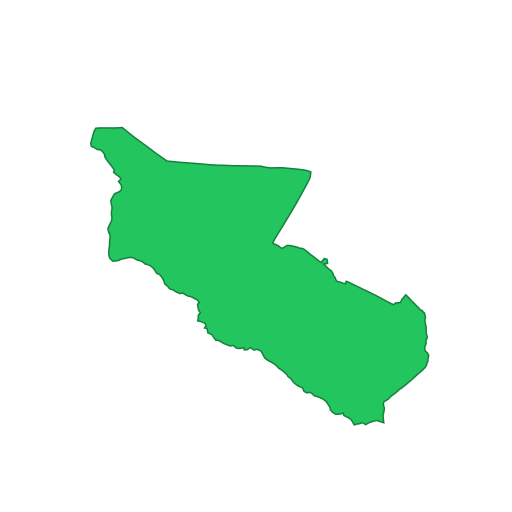 Keiyo North, Rift Valley, Kenya, rotated 119°
{"feature_id": "3690345B12433983427802", "entity_name": "Keiyo North", "entity_type": "district", "adm_level": 2, "iso_a3": "KEN", "parent_name": "Kenya", "parent_adm1": "Rift Valley", "projection": "equal_earth", "projection_center": [35.542, 0.697], "detail": "fine", "context": "isolated", "style": "filled", "palette": "green", "viewbox_px": 512, "rotation_deg": 119, "n_neighbors": 0, "source": "geoboundaries", "source_scale": "gbopen_adm2", "svg_char_len": 5068}
<svg xmlns="http://www.w3.org/2000/svg" viewBox="0 0 512 512"><g transform="rotate(119 256 256)"><path d="M339.9,63.4L337.0,65.5L333.9,67.6L331.1,68.4L329.0,69.0L327.0,69.9L323.9,72.8L321.3,73.5L319.3,72.1L316.8,70.8L314.6,70.4L311.6,69.2L309.1,68.0L308.3,67.7L306.9,67.1L305.2,66.6L304.2,66.2L302.8,65.8L301.3,64.8L300.2,64.4L296.9,62.9L288.0,59.6L285.0,58.6L281.4,57.4L275.8,55.3L271.5,54.0L269.3,53.9L267.7,54.3L266.9,54.5L265.7,54.5L264.3,54.8L263.0,55.5L261.6,56.2L259.4,56.6L258.6,57.6L257.8,58.8L256.8,62.4L253.9,64.2L249.9,64.8L248.0,66.4L245.7,66.4L243.7,67.0L241.6,69.1L238.7,71.2L236.3,72.3L234.3,73.9L231.7,76.3L229.3,77.6L227.2,78.1L225.7,79.7L224.1,81.1L224.1,82.2L223.6,83.2L223.1,84.2L223.6,85.1L223.4,86.1L223.1,87.0L222.7,88.0L222.4,89.0L222.1,89.9L221.8,91.3L221.5,92.2L221.1,93.5L220.7,94.7L220.3,96.2L220.0,97.6L219.7,98.5L219.3,99.7L218.8,100.9L218.5,102.0L218.2,102.9L218.0,103.8L217.6,105.0L217.4,106.2L221.6,107.0L222.7,107.4L223.5,107.3L226.6,107.1L227.3,107.9L228.1,109.2L228.7,110.2L229.6,111.3L230.7,111.5L231.8,112.0L231.9,113.1L232.0,114.1L232.1,115.3L232.1,116.3L232.2,118.1L232.3,119.6L232.3,121.2L232.3,123.0L232.3,124.1L232.3,125.1L232.3,126.8L232.4,131.0L232.4,132.4L232.6,135.6L232.9,141.7L233.2,145.8L233.3,146.9L233.3,148.2L233.5,151.6L233.5,152.6L233.6,153.8L233.8,157.7L234.0,162.4L234.4,164.8L235.5,164.6L236.8,164.3L237.3,165.5L237.6,166.3L237.8,168.0L238.0,169.3L238.3,170.8L238.9,173.3L238.0,174.6L237.1,175.8L236.3,176.7L236.0,177.7L235.7,178.6L234.0,180.2L233.3,181.2L232.7,182.5L232.3,183.8L232.2,184.8L232.0,186.5L230.3,193.0L229.7,192.2L228.7,190.9L227.8,189.8L226.1,191.0L225.3,191.6L224.5,192.3L224.7,193.2L225.1,195.1L230.0,196.0L229.9,198.3L229.4,201.4L229.2,202.6L229.0,203.7L228.7,205.6L228.5,206.6L228.2,209.8L227.6,212.0L226.8,217.5L226.9,218.9L227.5,220.6L228.0,221.3L228.1,222.6L228.2,223.9L228.6,225.0L228.9,226.4L229.4,228.2L229.8,229.6L230.4,231.2L230.8,232.4L231.3,233.3L232.0,234.1L233.1,234.7L234.0,235.2L234.7,235.7L235.3,236.0L236.0,236.4L236.6,237.0L236.8,237.8L236.7,238.7L236.6,239.6L236.4,240.6L236.3,241.7L236.3,243.5L236.5,244.8L236.7,246.0L236.7,247.7L235.9,247.7L235.1,247.7L234.1,247.8L231.3,247.8L224.2,247.5L220.5,247.3L215.9,247.1L208.6,246.8L202.8,246.6L190.9,246.3L184.5,246.3L180.5,246.2L176.3,246.3L173.2,246.3L165.9,246.4L165.1,246.5L164.3,246.5L161.0,246.7L155.9,248.8L156.4,252.3L156.8,253.5L157.1,254.7L157.5,255.6L159.5,260.8L166.2,276.1L172.3,286.7L173.8,290.9L175.1,295.3L178.4,301.7L179.6,303.8L181.4,307.3L184.9,313.8L188.1,319.7L191.6,326.8L195.4,334.0L198.1,339.6L198.5,340.5L201.4,347.1L202.9,350.5L204.7,354.4L207.8,361.2L208.4,362.5L209.0,363.9L210.3,366.5L212.6,372.0L213.0,372.8L213.4,373.7L216.1,379.8L215.9,381.9L214.9,390.7L214.9,391.7L212.8,406.7L211.1,420.3L210.9,421.5L210.7,422.8L208.5,435.4L210.6,438.5L211.5,440.0L212.0,440.8L213.7,443.7L215.4,446.9L217.4,450.5L219.7,454.7L222.0,458.1L225.6,458.1L228.9,457.3L231.0,456.8L234.2,456.0L237.8,455.1L240.0,453.1L239.6,450.1L239.8,446.3L238.7,444.0L238.8,441.9L239.2,440.6L240.5,437.8L242.4,436.5L244.5,432.8L246.0,429.3L247.9,424.8L249.3,421.8L251.9,421.1L252.6,417.3L253.0,413.5L254.3,411.4L257.5,412.4L259.0,408.6L261.6,406.4L264.2,405.9L266.4,407.0L268.4,408.6L270.3,410.0L272.6,410.0L275.4,410.0L278.1,409.8L280.5,407.9L283.4,405.3L287.0,404.0L289.7,402.7L291.8,400.9L294.6,399.5L297.4,399.3L300.8,399.2L303.9,398.8L306.5,396.5L308.7,393.6L311.0,392.4L314.1,391.2L318.1,389.1L320.5,388.2L323.5,386.9L327.2,384.7L329.2,382.1L329.9,378.6L329.0,377.3L327.9,375.7L326.6,374.1L325.8,373.5L323.9,372.2L322.1,369.9L319.5,367.1L317.6,364.3L316.9,361.5L317.2,360.5L317.2,359.0L317.0,357.5L316.7,356.1L316.2,354.7L316.2,351.6L316.8,349.1L315.9,346.2L315.8,343.0L316.7,339.2L318.1,336.6L319.3,334.5L318.9,331.5L320.4,327.6L322.0,325.2L324.6,322.2L325.4,318.4L326.6,315.7L325.9,312.4L326.1,308.0L325.7,304.2L323.9,302.1L324.1,299.4L324.0,296.3L322.9,292.1L323.1,289.2L323.0,288.3L322.6,286.3L323.3,285.2L324.3,283.0L326.6,283.7L329.2,281.7L331.4,279.7L332.6,277.1L335.6,277.8L338.5,276.3L341.0,275.6L339.9,271.6L339.6,267.9L341.2,265.9L343.9,266.1L343.1,263.6L344.6,262.5L346.6,260.8L346.1,256.6L347.9,253.1L349.2,250.3L348.2,248.5L348.0,245.7L348.2,242.1L347.7,238.3L347.2,235.0L345.1,232.1L346.1,229.1L345.5,226.7L344.8,225.5L343.8,224.3L342.9,223.0L342.0,221.9L343.8,220.8L342.2,218.2L340.3,217.4L339.4,216.8L338.8,216.1L339.3,212.2L337.1,209.8L336.7,205.6L338.2,203.1L340.1,200.3L341.1,198.6L341.4,196.0L341.6,193.1L341.5,192.1L341.4,190.2L341.6,187.3L342.3,183.8L343.1,182.0L343.3,179.0L343.7,175.9L344.6,171.9L346.0,169.3L346.4,165.9L347.6,163.7L348.7,160.4L349.2,156.5L348.9,152.8L348.9,151.2L351.1,148.4L351.1,145.3L349.4,143.2L349.0,140.6L350.0,137.1L349.1,133.5L348.6,128.2L349.3,123.8L350.9,121.0L352.5,118.0L354.7,116.1L355.6,113.3L355.8,109.4L353.7,106.1L351.2,103.6L352.9,101.7L352.6,97.1L353.0,93.6L354.3,91.1L356.1,88.2L354.4,86.6L352.7,84.4L350.1,82.0L350.3,78.2L347.5,76.7L344.7,74.3L342.7,72.2L341.2,70.5L340.8,67.7L340.2,65.2L339.9,63.4Z" fill="#22c55e" stroke="#15803d" stroke-width="1.5"/></g></svg>